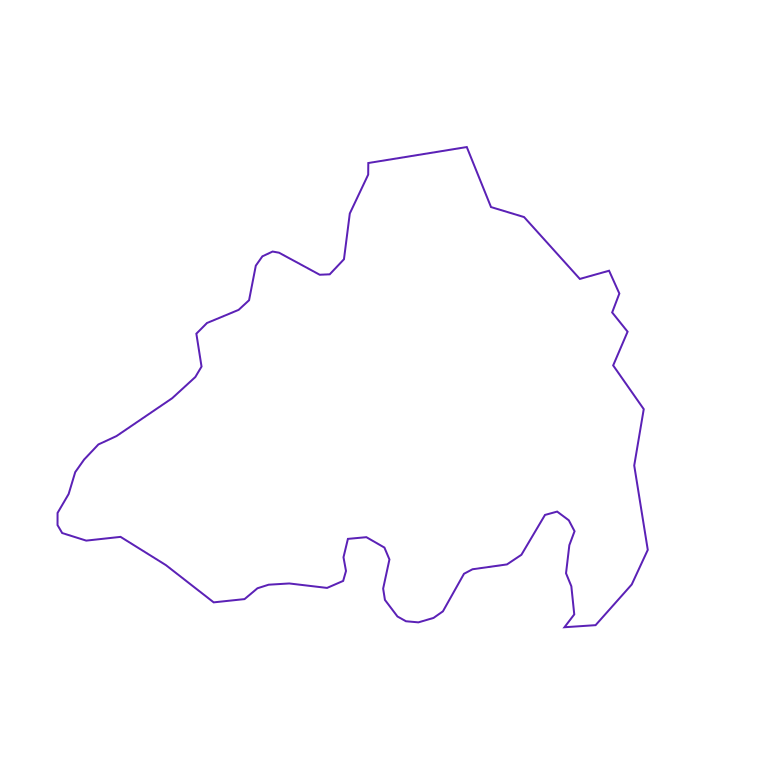 the district of Markhamat, Andijon, Uzbekistan, rotated 102°
{"feature_id": "79887680B89624246820139", "entity_name": "Markhamat", "entity_type": "district", "adm_level": 2, "iso_a3": "UZB", "parent_name": "Uzbekistan", "parent_adm1": "Andijon", "projection": "equal_earth", "projection_center": [72.343, 40.524], "detail": "fine", "context": "isolated", "style": "outline", "palette": "violet", "viewbox_px": 768, "rotation_deg": 102, "n_neighbors": 0, "source": "geoboundaries", "source_scale": "gbopen_adm2", "svg_char_len": 1077}
<svg xmlns="http://www.w3.org/2000/svg" viewBox="0 0 768 768"><g transform="rotate(102 384 384)"><path d="M171.1,445.3L182.5,443.0L224.3,452.9L270.3,449.1L288.0,459.9L290.5,469.6L277.4,514.0L277.6,520.5L284.4,529.5L294.9,534.0L330.1,533.4L341.7,541.6L361.1,569.8L373.8,578.0L404.9,566.1L416.4,570.0L441.9,588.2L490.6,634.9L502.5,650.8L520.2,661.6L534.4,667.7L557.2,669.6L578.0,676.5L589.9,674.0L596.7,667.8L599.1,642.7L588.3,609.9L606.5,559.7L633.0,505.2L623.4,475.7L610.1,465.3L604.3,455.1L598.8,435.2L595.3,397.3L585.1,383.0L574.8,382.3L561.9,387.6L543.0,387.1L537.5,369.4L543.9,349.6L554.5,342.2L584.3,342.3L595.0,338.2L608.6,322.5L611.5,313.2L610.0,300.8L602.5,286.9L594.1,279.1L553.0,266.3L546.8,258.9L534.9,226.2L522.5,214.1L478.6,199.3L472.8,188.1L478.9,174.9L488.4,167.0L503.1,169.2L531.3,166.6L542.9,158.7L569.8,150.0L584.4,156.9L575.9,126.9L528.6,100.0L491.4,91.5L411.7,122.3L354.6,124.7L318.2,163.7L282.2,156.6L266.6,175.7L246.6,172.6L226.4,187.4L240.5,214.3L191.6,281.7L188.7,316.1L135.0,352.3L171.1,445.3Z" fill="none" stroke="#5b21b6" stroke-width="2"/></g></svg>